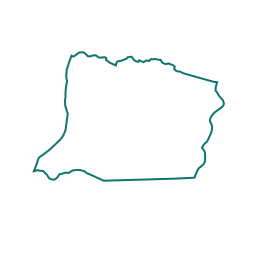 the district of Itaguatins, Tocantins, Brazil, rotated 208°
{"feature_id": "56859067B12932377122476", "entity_name": "Itaguatins", "entity_type": "district", "adm_level": 2, "iso_a3": "BRA", "parent_name": "Brazil", "parent_adm1": "Tocantins", "projection": "mercator", "projection_center": [-47.574, -5.788], "detail": "fine", "context": "isolated", "style": "outline", "palette": "teal", "viewbox_px": 256, "rotation_deg": 208, "n_neighbors": 0, "source": "geoboundaries", "source_scale": "gbopen_adm2", "svg_char_len": 1899}
<svg xmlns="http://www.w3.org/2000/svg" viewBox="0 0 256 256"><g transform="rotate(208 128 128)"><path d="M209.5,150.7L206.7,144.4L204.0,140.9L202.9,138.2L201.7,134.3L199.7,129.7L198.7,127.8L197.6,125.8L196.5,122.6L194.1,118.5L192.8,117.1L190.1,114.4L187.9,112.3L187.4,110.9L182.2,96.9L181.8,93.9L181.7,90.2L182.3,86.2L182.8,84.6L187.0,72.0L188.4,69.1L189.7,66.1L192.7,60.2L192.6,58.2L191.7,53.2L190.8,45.7L187.9,48.4L185.9,48.8L183.0,50.2L177.2,48.5L175.3,47.2L173.7,46.5L171.6,46.7L168.9,47.7L167.8,49.5L167.1,51.7L166.7,55.1L164.5,56.9L162.5,59.1L159.3,60.5L157.0,64.4L152.8,67.4L149.5,68.7L146.4,69.3L144.2,69.0L142.5,68.7L140.7,69.1L128.9,69.8L124.6,70.1L113.4,76.5L108.4,79.3L107.0,80.2L103.5,82.1L77.4,97.0L65.5,103.7L46.0,115.3L46.3,117.4L46.7,121.9L46.7,125.3L44.6,130.5L44.2,132.2L44.5,135.1L47.1,140.1L48.3,142.1L49.6,143.4L53.3,145.4L53.5,147.3L53.1,149.8L52.0,152.6L51.8,154.2L52.0,157.3L52.3,163.3L53.9,167.8L54.9,169.3L56.7,171.0L58.7,172.4L59.7,174.3L59.9,178.0L58.9,182.2L54.8,190.8L54.4,193.5L55.0,194.9L57.6,197.3L60.8,198.3L63.7,199.7L66.4,201.4L68.2,202.0L69.7,205.2L70.3,207.7L70.8,210.3L73.7,209.1L86.3,206.3L105.2,202.2L108.3,202.3L110.3,201.5L112.0,201.0L114.8,201.6L115.5,204.1L118.4,204.7L120.4,204.1L122.6,204.0L124.8,202.0L128.4,201.8L131.2,203.5L133.9,202.3L136.5,201.7L138.2,200.4L140.1,199.7L140.7,197.0L142.5,196.8L143.8,195.9L145.1,193.5L147.0,193.2L149.9,193.0L149.9,191.3L152.0,190.7L154.6,190.9L158.3,192.6L161.4,190.4L162.0,188.2L164.1,186.0L166.1,183.6L167.5,182.8L168.7,181.4L168.8,179.8L168.1,177.6L172.5,177.2L175.4,177.1L177.5,177.7L179.1,177.6L180.3,179.7L182.0,179.4L183.9,178.2L185.3,177.2L186.9,176.5L190.2,177.0L191.7,176.6L193.4,175.2L194.9,173.6L197.0,172.5L200.7,173.7L202.7,173.9L204.7,173.0L206.7,171.6L208.6,167.3L209.8,165.4L211.8,165.4L210.9,158.2L210.4,156.3L210.1,154.1L209.5,150.7Z" fill="none" stroke="#0f766e" stroke-width="2"/></g></svg>